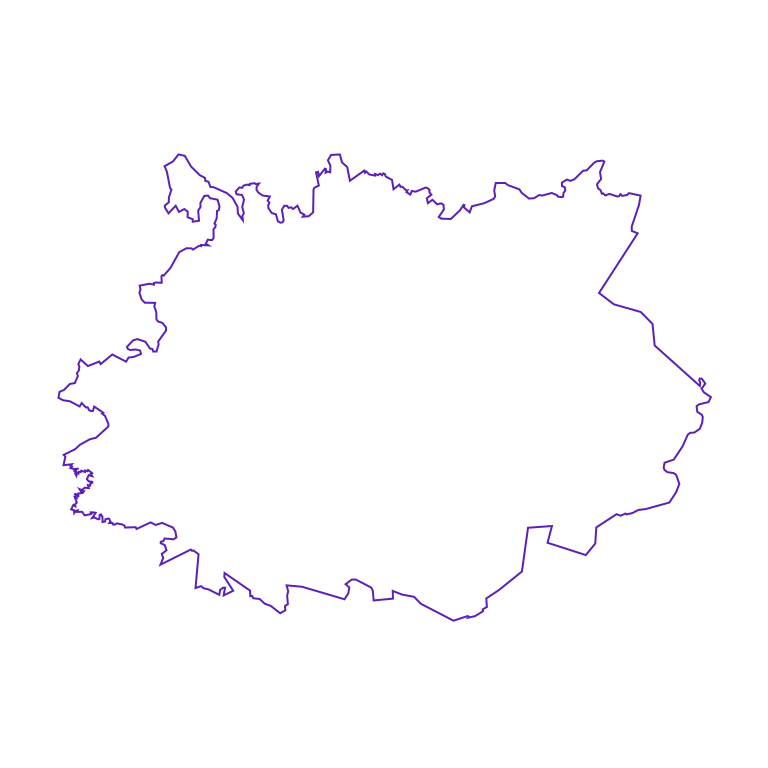 outline of Arcelia, Guerrero, Mexico, rotated 267°
{"feature_id": "50627088B97404190214599", "entity_name": "Arcelia", "entity_type": "district", "adm_level": 2, "iso_a3": "MEX", "parent_name": "Mexico", "parent_adm1": "Guerrero", "projection": "albers", "projection_center": [-100.171, 18.254], "detail": "fine", "context": "isolated", "style": "outline", "palette": "violet", "viewbox_px": 768, "rotation_deg": 267, "n_neighbors": 0, "source": "geoboundaries", "source_scale": "gbopen_adm2", "svg_char_len": 6064}
<svg xmlns="http://www.w3.org/2000/svg" viewBox="0 0 768 768"><g transform="rotate(267 384 384)"><path d="M215.3,151.3L228.8,182.4L227.4,183.6L227.8,184.9L223.7,189.9L190.1,185.1L191.7,190.7L189.4,193.3L188.1,197.9L182.1,208.5L186.9,209.6L189.0,212.6L188.9,214.6L181.3,212.8L185.4,222.6L199.7,214.4L203.6,214.9L184.7,239.4L179.1,239.4L179.3,241.2L176.9,242.2L175.8,248.6L170.8,253.5L168.3,259.4L160.5,268.3L163.1,273.6L167.5,273.5L169.2,276.5L178.0,276.2L181.9,277.5L188.0,276.2L185.8,291.6L171.1,333.3L176.8,337.4L182.6,338.7L186.1,335.2L190.3,341.4L190.3,345.4L181.3,360.7L178.0,362.0L168.4,362.3L169.2,381.7L176.9,381.9L172.8,390.9L169.9,402.9L162.6,409.3L144.0,441.0L147.9,455.5L147.0,456.8L146.3,456.1L147.4,462.7L151.9,471.0L153.8,470.8L156.0,475.1L164.5,474.9L172.1,487.8L189.5,511.9L232.9,520.3L233.4,544.3L216.9,539.0L202.6,576.6L213.6,586.6L229.7,588.5L241.8,609.4L240.1,613.5L242.0,618.4L241.1,619.3L242.1,625.3L244.9,631.4L245.4,638.7L250.7,662.8L260.7,670.1L268.8,673.7L278.0,671.0L279.9,668.5L281.1,662.5L283.5,659.6L285.9,658.9L290.7,660.1L293.4,669.5L306.1,678.9L317.5,684.7L319.2,687.2L319.3,691.4L322.7,697.0L328.8,699.8L334.4,700.6L336.7,699.7L339.8,695.4L345.5,695.0L347.2,697.5L349.0,707.1L353.8,709.8L358.9,703.0L362.7,700.9L367.6,704.9L372.6,701.7L372.9,699.6L371.2,698.9L369.0,699.9L365.5,699.3L408.3,656.3L430.0,655.3L442.5,644.1L451.5,617.8L463.6,603.5L521.2,645.2L523.9,639.5L528.2,639.6L549.4,648.0L558.7,650.1L561.8,638.6L560.0,636.7L559.4,631.7L561.2,630.0L559.2,628.6L559.1,626.6L562.1,618.9L560.7,614.9L562.9,612.9L562.6,611.6L566.3,610.3L568.2,608.0L572.3,607.1L577.3,611.5L584.3,610.8L594.6,615.7L595.6,614.2L595.4,608.6L594.2,605.7L586.7,597.5L586.6,594.0L578.5,584.9L577.1,580.7L578.6,577.4L575.8,572.2L572.4,572.1L570.9,574.9L567.7,575.1L565.3,573.2L561.7,572.7L561.3,571.4L562.0,567.4L563.5,566.7L566.0,561.5L563.9,551.8L564.6,548.9L561.7,543.7L561.6,538.5L567.7,531.5L571.3,529.4L576.2,518.0L578.4,515.6L578.9,506.1L571.5,504.2L565.5,504.8L563.2,503.3L559.3,493.6L556.9,481.1L550.9,478.5L556.1,473.2L558.5,473.6L558.8,472.8L553.5,469.0L545.3,459.4L546.1,449.9L547.9,447.4L555.0,452.9L559.8,452.8L561.4,450.5L560.7,446.4L565.4,442.0L562.3,437.3L567.3,436.5L570.5,441.2L573.5,439.2L575.4,439.7L577.4,437.7L578.0,435.9L574.4,425.7L575.3,421.9L571.8,420.1L574.4,416.5L576.1,417.6L576.0,416.4L580.1,412.6L580.0,410.8L582.3,409.8L578.0,403.7L587.4,402.7L591.1,396.6L593.7,395.8L594.4,394.2L592.6,393.1L594.3,391.0L592.9,388.9L594.2,386.1L592.6,386.1L594.0,380.3L597.3,377.2L596.0,376.0L598.1,375.3L588.7,360.6L602.6,358.6L607.6,353.6L615.5,352.0L615.5,343.1L610.4,339.7L604.7,341.9L598.2,341.3L599.1,339.1L598.1,336.8L601.6,337.3L602.2,336.3L595.0,330.0L599.3,329.3L598.9,327.2L585.6,329.3L583.6,324.7L582.0,323.8L559.1,322.2L555.5,317.6L555.3,311.7L557.3,313.3L559.5,309.6L566.6,306.9L563.5,302.4L565.3,300.5L564.9,297.9L567.0,296.5L567.2,293.7L563.3,291.1L552.7,292.4L550.8,291.2L550.5,289.0L552.1,286.5L559.1,285.0L560.6,280.9L565.5,277.8L568.5,277.7L571.0,279.1L573.2,277.4L577.2,279.8L578.6,272.6L581.9,268.4L584.7,266.8L587.7,267.2L590.7,269.6L590.3,266.3L591.3,265.3L590.9,260.4L589.6,260.2L590.3,257.5L589.4,254.0L587.4,252.7L587.8,249.8L583.9,246.0L581.2,246.7L580.2,252.0L575.6,253.9L568.2,251.7L561.9,253.0L559.4,251.4L554.9,251.6L561.9,247.0L568.7,247.0L577.8,242.5L582.9,237.0L589.5,224.0L589.8,221.0L595.1,219.3L596.3,216.2L599.2,216.0L602.3,210.9L611.1,202.8L622.3,197.0L624.0,190.8L617.3,184.9L613.0,176.3L607.3,178.3L590.9,180.6L589.2,181.9L581.7,179.0L576.7,178.6L573.6,174.5L571.9,174.4L565.7,177.7L572.9,185.3L566.6,188.2L569.2,193.8L566.4,197.0L560.8,196.6L558.6,201.6L556.1,201.5L556.7,207.8L566.9,207.5L570.3,210.0L574.3,210.1L581.2,214.3L581.4,218.1L578.6,220.1L576.8,227.4L569.9,229.0L566.4,228.2L565.5,226.3L558.2,225.6L553.1,223.1L552.0,224.2L549.7,223.9L547.4,221.8L538.8,221.5L536.7,219.9L537.3,215.5L533.4,213.4L531.6,215.9L532.4,208.6L531.3,208.6L531.7,206.5L528.2,200.3L529.5,199.0L529.9,193.8L526.4,186.4L511.3,177.0L503.8,169.7L504.3,168.3L503.1,167.4L496.7,167.3L497.3,161.2L496.9,159.5L495.3,159.5L496.4,154.9L495.0,145.1L491.4,145.8L488.0,144.5L481.2,146.3L477.7,149.4L477.0,159.7L473.7,158.7L467.4,160.4L460.7,160.1L458.4,161.4L456.6,165.9L451.9,169.3L448.9,169.2L438.2,160.7L435.4,161.0L428.3,158.5L428.5,155.2L431.0,154.6L431.6,152.2L438.7,147.9L441.7,140.2L440.8,135.8L434.5,129.2L432.2,130.2L431.2,132.6L431.5,137.7L430.2,142.2L426.7,142.9L424.1,135.4L423.8,130.3L419.8,127.6L427.7,114.2L418.7,102.1L421.3,100.8L417.4,89.2L424.4,82.3L419.8,79.8L417.7,80.7L413.5,80.0L410.9,77.9L408.0,78.7L401.1,75.3L400.5,70.3L394.8,64.1L393.2,59.6L387.3,58.2L384.6,62.6L383.1,69.6L377.5,78.9L380.8,81.1L376.2,85.0L376.3,86.8L373.2,88.2L372.3,90.3L372.4,91.9L376.6,93.4L370.0,102.2L369.1,100.9L366.8,103.7L358.5,106.7L356.0,106.5L345.4,93.6L344.2,87.3L339.2,77.1L335.1,72.2L330.0,60.4L328.1,62.0L319.7,59.7L320.2,68.1L318.7,66.6L317.9,68.1L316.5,66.5L315.3,69.8L315.5,74.7L315.0,70.2L313.4,70.2L313.4,71.9L311.5,72.0L311.1,70.8L308.5,72.0L311.6,72.8L310.5,74.2L312.3,74.6L311.9,76.4L313.2,77.0L311.8,80.9L313.3,81.0L312.5,83.3L313.6,84.0L310.3,87.8L309.7,86.5L307.2,87.8L308.4,84.4L304.6,82.3L302.3,84.0L301.6,87.5L300.7,87.6L300.2,85.6L297.9,85.3L298.6,83.0L295.5,83.8L296.1,79.8L293.9,76.6L295.0,74.4L292.6,75.7L292.6,78.7L291.0,77.5L290.6,72.8L288.8,72.9L290.8,69.1L287.7,71.7L287.7,69.9L286.5,70.6L287.0,69.3L281.7,71.0L280.1,69.3L278.0,69.4L279.5,67.5L275.2,65.0L274.1,67.8L271.4,67.9L273.5,69.5L273.8,71.4L272.4,70.6L272.1,75.9L268.5,78.1L269.4,84.5L272.2,84.4L270.0,85.0L271.1,86.7L270.5,89.3L265.4,85.5L265.9,87.9L263.8,91.4L264.1,92.7L268.1,93.2L268.6,94.5L266.2,95.9L260.9,95.7L261.3,98.3L263.6,98.8L264.0,102.3L261.0,103.7L259.6,102.4L259.3,105.7L258.0,105.9L257.6,107.4L258.8,110.1L257.4,115.3L256.2,117.4L254.2,117.9L254.0,128.5L252.2,129.3L258.0,143.7L255.2,148.6L256.9,155.2L251.7,165.7L247.8,167.9L241.7,168.7L239.9,165.7L241.2,156.9L238.7,155.4L238.1,152.8L236.7,152.7L234.6,156.6L229.3,158.1L226.0,153.2L221.8,154.4L215.3,151.3Z" fill="none" stroke="#5b21b6" stroke-width="2"/></g></svg>